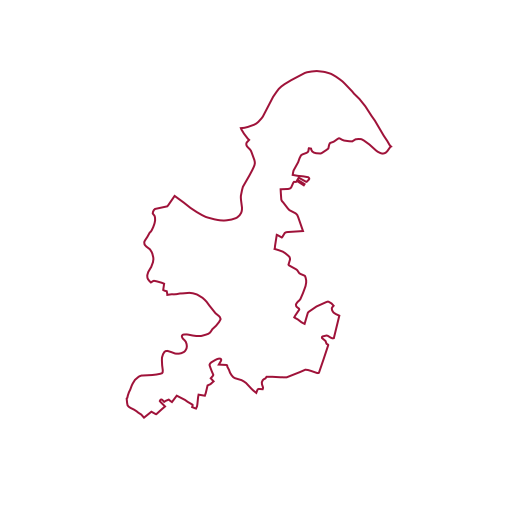 outline of My Loc, Nam Định, Vietnam, rotated 299°
{"feature_id": "81297802B55456276640785", "entity_name": "My Loc", "entity_type": "district", "adm_level": 2, "iso_a3": "VNM", "parent_name": "Vietnam", "parent_adm1": "Nam Định", "projection": "natural_earth1", "projection_center": [106.125, 20.455], "detail": "fine", "context": "isolated", "style": "outline", "palette": "rose", "viewbox_px": 512, "rotation_deg": 299, "n_neighbors": 0, "source": "geoboundaries", "source_scale": "gbopen_adm2", "svg_char_len": 6105}
<svg xmlns="http://www.w3.org/2000/svg" viewBox="0 0 512 512"><g transform="rotate(299 256 256)"><path d="M60.3,236.4L69.1,240.0L69.1,245.0L69.3,245.5L76.6,248.0L80.3,249.4L80.9,247.3L82.0,243.4L82.5,242.2L83.3,242.1L84.4,242.5L84.7,243.0L84.7,243.8L83.9,246.4L85.6,247.3L88.1,249.3L87.7,251.3L87.5,253.3L95.4,254.4L95.7,263.7L95.3,266.9L95.2,272.3L95.1,272.7L94.6,273.0L92.9,273.4L93.3,276.6L93.5,277.5L95.9,277.3L97.9,276.6L104.2,273.9L106.9,273.0L109.0,279.0L111.8,278.5L119.3,276.4L121.8,278.3L125.8,279.7L127.1,275.7L129.8,276.3L130.8,276.4L131.4,276.2L133.9,273.0L136.0,270.5L137.8,268.5L138.4,268.1L139.6,268.0L141.2,268.4L145.3,270.8L147.0,272.0L148.0,273.0L148.8,274.2L148.9,275.1L148.6,275.7L147.6,276.2L146.9,276.2L143.0,276.1L146.2,282.7L146.4,283.3L146.3,283.8L145.2,284.7L143.3,287.6L141.3,289.9L139.9,292.4L139.1,294.5L138.9,296.2L139.0,297.1L140.4,303.5L140.4,306.1L140.1,308.9L137.7,316.3L137.0,319.0L136.4,322.6L139.1,322.2L140.1,322.2L140.7,322.5L141.1,322.9L142.7,326.4L143.7,326.2L144.4,325.9L146.7,323.4L148.4,322.3L150.6,322.1L151.9,322.5L153.5,323.6L155.5,323.8L158.2,328.7L161.7,336.0L164.7,341.6L175.9,350.8L180.5,354.3L181.5,356.8L182.2,360.0L183.3,366.3L184.0,367.4L184.3,367.6L184.7,367.6L198.2,365.2L213.0,362.4L213.3,362.2L213.4,361.9L213.4,360.4L213.6,360.0L214.7,358.8L215.4,357.9L216.2,353.6L216.5,353.3L217.1,353.0L217.9,353.2L220.7,356.3L221.0,357.6L220.8,360.9L221.0,362.5L221.2,363.1L221.9,363.9L244.2,357.8L243.9,353.9L244.1,351.4L244.4,350.6L245.2,349.2L245.7,348.6L247.1,347.6L248.3,347.6L250.1,348.0L251.1,345.1L251.2,341.7L251.0,341.0L250.4,340.4L249.5,339.6L241.2,333.4L232.6,329.1L231.6,328.9L230.9,329.0L220.2,331.4L220.1,329.6L220.1,327.8L220.8,323.3L220.8,319.9L220.9,319.2L223.0,319.2L229.9,319.8L230.3,319.7L230.8,319.1L231.2,316.4L231.6,315.5L232.8,314.5L233.4,314.4L235.1,314.5L236.5,314.8L238.1,315.4L239.9,315.7L246.1,315.1L250.1,314.5L253.7,313.9L257.0,312.8L259.0,311.7L261.0,310.0L261.9,309.0L262.3,308.4L262.3,307.6L261.9,303.9L261.9,302.4L262.2,301.6L263.5,299.1L263.7,298.3L263.8,297.3L263.8,289.5L263.9,289.1L264.2,288.6L269.3,287.5L270.3,286.9L271.3,285.9L271.6,285.1L271.9,284.0L272.6,280.3L272.8,277.3L272.1,273.1L271.2,268.8L271.9,268.7L274.2,267.7L284.6,263.9L284.7,264.6L284.7,269.6L285.4,269.8L290.1,270.0L291.1,270.6L292.0,271.6L300.6,285.0L310.3,274.2L311.8,272.3L312.3,270.9L312.5,269.8L312.3,263.0L313.0,260.8L316.0,253.9L316.6,252.1L317.0,251.5L317.7,250.7L323.4,247.0L326.3,245.2L330.2,251.6L331.4,252.9L332.4,253.4L333.5,253.5L337.9,253.1L339.0,253.2L339.3,253.3L340.0,254.8L340.5,255.3L341.5,255.3L341.0,263.5L342.4,263.6L342.8,255.3L345.2,255.4L345.2,264.0L345.4,264.3L348.1,265.1L349.1,265.2L349.6,265.0L349.9,264.6L350.2,263.5L348.6,258.8L346.4,253.8L344.7,248.8L347.2,247.9L349.0,247.4L358.4,247.4L362.6,246.7L365.0,246.6L365.9,246.6L367.3,247.3L370.7,250.2L372.0,250.9L373.3,250.9L375.6,250.0L375.9,250.0L376.6,252.1L375.6,253.0L374.7,254.5L374.5,256.4L374.9,258.3L375.2,259.1L376.9,262.7L377.4,263.2L378.3,263.8L382.7,266.1L384.9,267.1L385.3,267.1L388.5,266.1L390.4,265.9L391.2,266.4L393.2,268.2L394.1,268.8L398.1,270.7L399.2,271.5L399.4,272.2L399.4,275.1L399.7,277.1L401.6,282.0L402.9,284.6L406.3,286.5L408.0,288.9L409.1,291.1L409.3,292.1L409.3,294.4L408.5,301.1L406.5,309.7L406.2,311.8L406.3,314.3L406.5,315.8L406.9,317.0L407.7,318.1L409.1,319.3L411.3,320.0L416.7,320.6L417.2,321.0L417.8,319.1L420.2,315.1L423.2,309.3L432.0,294.4L434.6,289.0L439.9,279.1L441.5,275.2L443.5,270.3L445.5,263.0L446.6,260.3L449.8,250.0L450.6,247.1L451.1,243.8L451.6,239.2L451.7,236.0L451.7,233.5L451.3,231.3L450.4,227.4L449.8,225.6L447.2,219.4L444.4,215.3L441.4,211.5L439.8,210.0L426.8,201.5L420.2,197.7L416.6,196.0L413.2,194.9L409.6,194.4L403.6,193.8L381.2,194.4L379.0,194.1L374.4,193.0L372.1,192.1L369.9,190.7L364.9,186.3L362.5,183.7L360.5,180.8L359.6,181.9L357.2,186.1L354.6,192.0L354.2,193.7L351.0,192.9L350.2,192.9L349.5,193.1L348.5,193.7L347.7,194.7L347.2,195.9L346.3,199.0L345.6,200.5L344.4,202.0L339.1,208.1L337.7,209.3L336.6,210.0L334.8,210.6L332.5,210.9L329.0,211.1L323.1,211.2L310.2,211.0L306.9,211.8L301.3,213.6L299.6,214.5L297.9,215.6L291.5,220.3L289.8,221.2L288.1,221.8L286.5,222.1L283.6,221.9L280.7,220.9L279.3,220.0L276.0,216.9L272.9,212.9L271.4,210.7L269.8,207.3L268.9,204.9L267.9,201.8L266.2,195.0L265.8,193.0L265.6,188.9L265.7,182.9L266.1,177.7L266.3,175.3L267.7,166.9L269.1,155.7L257.7,154.6L256.4,154.3L248.2,144.9L246.7,144.4L244.7,144.5L243.1,145.1L242.1,147.4L241.7,148.1L240.4,149.2L238.2,150.5L235.8,151.3L234.5,151.6L231.4,152.1L228.0,152.3L226.4,152.2L224.9,151.7L220.0,151.7L216.2,151.4L214.5,151.4L213.5,151.8L212.1,152.9L211.8,153.4L211.1,155.4L210.5,159.6L210.3,160.3L209.7,161.3L209.1,162.5L207.8,164.2L205.0,166.8L203.5,167.8L200.6,168.9L195.3,169.7L194.4,169.6L189.8,169.5L187.0,170.1L186.1,170.4L184.9,171.2L184.2,171.7L183.3,172.9L182.4,175.0L181.9,176.9L184.1,178.1L184.7,178.6L185.0,179.2L185.7,181.5L186.9,186.5L187.2,189.1L181.3,191.3L181.3,192.8L181.9,195.0L179.9,196.7L179.0,197.3L181.6,200.7L182.8,203.0L184.1,205.0L186.3,207.6L187.8,210.1L191.5,215.6L192.8,218.9L193.2,220.6L193.7,222.9L193.7,224.5L193.5,229.5L192.8,232.5L192.0,235.0L190.1,239.1L186.3,248.3L185.5,252.7L185.1,253.9L183.9,255.4L183.4,255.7L180.4,255.7L175.7,254.9L170.8,253.3L167.9,253.1L166.4,252.8L164.8,252.0L162.9,250.3L160.0,247.4L159.3,246.6L157.1,242.6L155.8,239.3L154.3,234.6L153.6,233.0L152.3,230.9L151.5,230.1L151.1,230.0L150.3,229.9L149.8,230.1L149.0,230.9L148.3,232.0L147.6,234.6L146.9,236.2L145.3,238.0L143.5,239.3L141.6,240.0L140.2,240.1L138.5,240.0L137.1,239.5L134.8,237.8L133.2,235.9L132.6,234.9L131.8,233.3L131.5,232.6L130.9,228.6L130.1,224.7L129.4,223.6L128.9,223.0L128.3,222.7L127.6,222.4L125.1,222.3L124.0,222.5L121.6,223.0L119.1,224.3L114.9,226.9L110.8,229.9L109.1,230.7L108.3,230.7L107.9,230.6L106.6,229.4L104.0,226.3L101.5,222.8L95.9,213.8L94.7,212.7L93.5,211.9L89.0,210.2L84.7,210.0L82.6,210.1L78.0,210.8L75.4,210.9L72.0,211.5L69.6,212.2L68.6,212.0L65.0,214.5L63.1,216.1L62.5,217.7L62.3,219.8L62.5,223.8L62.3,226.8L61.9,229.0L61.7,232.5L60.3,236.4Z" fill="none" stroke="#9f1239" stroke-width="2"/></g></svg>